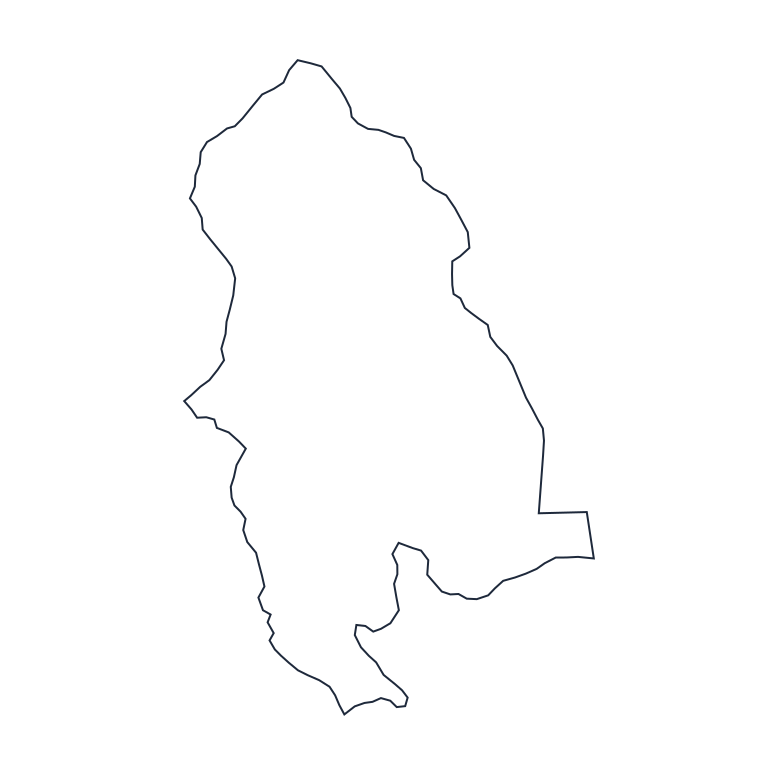 outline of Lontras, Santa Catarina, Brazil, rotated 177°
{"feature_id": "56859067B57169366495150", "entity_name": "Lontras", "entity_type": "district", "adm_level": 2, "iso_a3": "BRA", "parent_name": "Brazil", "parent_adm1": "Santa Catarina", "projection": "orthographic", "projection_center": [-49.504, -27.189], "detail": "fine", "context": "isolated", "style": "outline", "palette": "slate", "viewbox_px": 768, "rotation_deg": 177, "n_neighbors": 0, "source": "geoboundaries", "source_scale": "gbopen_adm2", "svg_char_len": 2140}
<svg xmlns="http://www.w3.org/2000/svg" viewBox="0 0 768 768"><g transform="rotate(177 384 384)"><path d="M440.9,56.1L430.1,63.6L420.2,66.5L412.1,67.2L403.5,70.5L394.3,67.4L388.2,60.7L379.7,61.2L376.8,69.6L382.0,77.2L388.6,83.6L399.6,93.5L406.4,106.4L413.4,113.4L420.8,122.3L426.3,134.8L424.2,144.8L415.2,143.3L407.7,137.3L399.8,139.7L390.1,144.8L381.0,157.3L382.8,170.4L384.4,183.9L380.6,193.3L380.2,202.6L384.5,213.7L377.7,224.6L364.1,218.7L355.7,215.7L349.0,205.8L350.8,191.3L342.9,181.1L337.1,173.7L328.8,170.4L320.6,170.4L312.6,165.3L302.6,164.3L291.0,167.5L284.0,174.1L275.3,181.2L263.3,183.9L252.3,187.2L241.2,191.4L232.9,196.6L221.6,201.7L210.9,201.2L199.3,201.2L183.6,198.8L188.2,245.5L236.2,246.8L228.9,304.2L227.2,319.1L227.7,331.3L232.2,340.2L237.5,351.8L242.9,362.9L254.5,395.8L260.0,405.9L269.1,416.1L275.4,425.5L277.3,437.5L285.7,444.1L293.2,450.3L299.3,455.7L303.2,465.5L309.8,470.2L310.6,479.1L310.3,490.2L309.4,502.9L301.4,507.5L291.6,515.5L292.4,531.3L298.7,544.9L304.0,556.0L312.0,569.1L324.2,576.2L334.3,585.4L335.9,597.6L342.2,606.3L344.8,617.6L351.2,628.7L360.9,631.2L369.1,635.2L376.3,638.1L386.6,639.6L396.4,645.6L402.3,652.5L403.1,661.4L407.6,671.7L412.6,681.4L420.0,691.2L429.7,704.4L440.4,708.1L453.3,711.9L462.3,702.4L468.6,690.3L478.5,684.6L490.6,679.5L500.4,668.8L511.3,656.7L519.5,649.2L527.4,647.4L537.8,640.3L548.1,634.9L554.9,625.1L556.5,613.4L561.4,602.2L562.6,590.9L568.1,579.5L562.3,570.9L557.3,559.3L557.0,547.7L549.9,537.5L542.0,526.7L535.1,517.3L530.0,509.3L527.1,497.3L529.9,480.4L534.1,466.4L538.0,454.4L539.6,442.3L544.6,427.7L542.5,416.1L549.5,406.8L558.2,397.0L567.7,390.8L577.0,383.0L584.4,377.4L577.6,368.7L572.4,360.1L563.2,360.1L555.3,357.4L553.2,348.9L541.6,343.8L531.7,334.0L525.4,326.7L535.5,310.7L538.8,298.7L542.4,289.3L542.1,278.5L539.7,270.5L533.9,264.0L529.3,256.6L532.2,245.5L528.8,233.3L520.6,222.2L518.3,210.4L515.9,199.0L514.0,188.0L520.6,177.3L516.7,164.4L509.3,159.7L512.7,152.1L507.2,141.0L511.7,133.9L506.9,124.6L501.1,118.1L493.6,110.6L484.9,102.6L475.4,97.2L464.2,91.6L454.2,84.5L449.1,75.7L445.4,65.6L440.9,56.1Z" fill="none" stroke="#1e293b" stroke-width="2"/></g></svg>